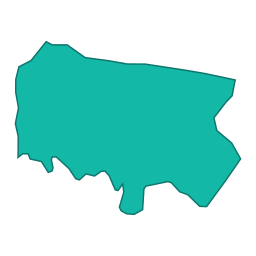 Haeju City, Hwanghae-namdo, North Korea (orthographic projection)
{"feature_id": "82179303B26132853361668", "entity_name": "Haeju City", "entity_type": "district", "adm_level": 2, "iso_a3": "PRK", "parent_name": "North Korea", "parent_adm1": "Hwanghae-namdo", "projection": "orthographic", "projection_center": [125.684, 38.062], "detail": "fine", "context": "isolated", "style": "filled", "palette": "teal", "viewbox_px": 256, "rotation_deg": 0, "n_neighbors": 0, "source": "geoboundaries", "source_scale": "gbopen_adm2", "svg_char_len": 865}
<svg xmlns="http://www.w3.org/2000/svg" viewBox="0 0 256 256"><path d="M233.9,86.3L235.2,80.0L205.2,73.6L187.2,70.5L166.2,67.3L145.1,64.1L127.1,64.0L109.1,60.8L85.1,57.6L67.2,44.9L52.2,44.9L46.2,41.7L31.0,60.6L18.9,66.8L15.8,79.4L15.7,92.1L18.5,107.9L15.4,123.6L18.2,136.2L18.2,142.6L18.1,155.2L18.0,157.4L22.8,153.7L28.2,153.9L30.2,159.0L41.4,161.5L48.3,172.4L52.1,170.9L53.0,167.7L51.3,159.6L52.4,156.9L56.4,157.0L69.0,168.6L75.7,178.7L79.4,179.9L86.0,173.9L94.5,176.0L101.3,171.3L105.0,171.1L109.2,175.8L115.3,189.9L118.0,190.5L122.7,184.0L123.8,192.0L119.4,207.2L121.2,210.8L126.7,213.8L134.2,214.3L142.6,209.7L143.9,189.0L145.9,186.1L167.9,181.6L171.4,182.7L179.7,191.8L187.7,194.7L199.7,206.3L206.6,206.6L225.4,180.9L240.6,158.9L231.7,143.1L216.8,130.5L213.9,117.8L226.0,102.1L232.1,95.8L233.9,86.3Z" fill="#14b8a6" stroke="#0f766e" stroke-width="1.5"/></svg>